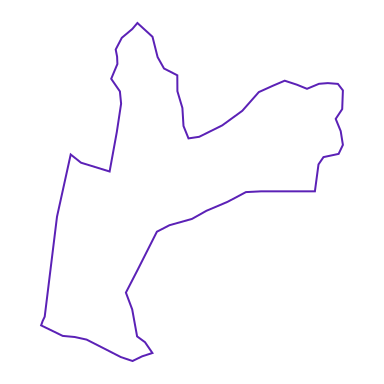 map outline of Kamwenge (Robinson projection)
{"feature_id": "UGA-3368", "entity_name": "Kamwenge", "entity_type": "District", "adm_level": 1, "iso_a3": "UGA", "parent_name": "Uganda", "parent_adm1": "", "projection": "robinson", "projection_center": [30.551, 0.184], "detail": "fine", "context": "isolated", "style": "outline", "palette": "violet", "viewbox_px": 384, "rotation_deg": 0, "n_neighbors": 0, "source": "natural_earth", "source_scale": "10m", "svg_char_len": 887}
<svg xmlns="http://www.w3.org/2000/svg" viewBox="0 0 384 384"><path d="M137.4,23.0L152.5,36.8L157.6,57.1L164.0,68.5L177.3,75.3L177.4,91.2L182.4,108.0L183.5,126.0L188.5,138.4L199.2,136.8L222.2,125.4L242.3,110.8L258.8,92.1L273.2,85.6L284.7,80.7L296.9,84.7L307.0,88.8L319.0,83.8L327.8,83.1L337.9,83.9L342.9,90.4L342.2,109.1L335.7,118.9L340.7,131.1L342.9,144.9L338.6,153.9L323.5,157.1L318.5,164.4L314.9,191.3L295.5,191.3L261.7,191.3L245.9,192.1L227.6,201.8L206.4,210.8L192.0,218.9L169.5,225.2L156.9,231.7L137.5,270.1L125.9,292.6L132.2,309.4L137.1,336.4L145.0,342.2L152.4,353.0L142.2,356.3L132.5,361.0L120.9,357.1L86.6,339.6L74.7,337.0L62.7,335.9L41.1,325.4L42.7,320.9L44.7,316.7L57.0,216.7L70.7,154.5L81.0,162.7L109.6,171.5L116.8,132.1L121.1,103.7L119.9,91.4L111.2,78.8L117.4,64.0L117.1,56.7L115.7,49.5L121.8,37.8L132.3,29.0L137.4,23.0Z" fill="none" stroke="#5b21b6" stroke-width="2"/></svg>